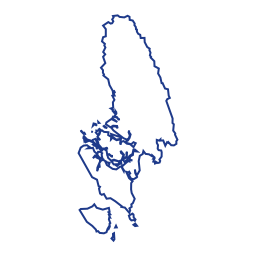 Kyaukpyu, Rakhine, Myanmar (orthographic projection)
{"feature_id": "60261553B96709228149477", "entity_name": "Kyaukpyu", "entity_type": "district", "adm_level": 2, "iso_a3": "MMR", "parent_name": "Myanmar", "parent_adm1": "Rakhine", "projection": "orthographic", "projection_center": [93.863, 19.586], "detail": "fine", "context": "isolated", "style": "outline", "palette": "blue", "viewbox_px": 256, "rotation_deg": 0, "n_neighbors": 0, "source": "geoboundaries", "source_scale": "gbopen_adm2", "svg_char_len": 5963}
<svg xmlns="http://www.w3.org/2000/svg" viewBox="0 0 256 256"><path d="M119.6,16.9L117.7,15.4L113.0,16.0L113.6,17.4L112.2,19.4L113.3,21.3L112.2,23.2L110.7,23.6L108.3,22.1L103.1,25.6L105.8,29.1L105.8,36.3L103.1,37.2L102.0,41.4L104.9,43.9L104.3,45.4L105.4,47.5L103.2,52.0L105.2,54.3L103.1,56.8L105.3,63.1L101.0,67.7L103.0,70.2L102.9,72.7L104.0,74.5L103.4,75.5L108.2,79.3L109.5,85.1L112.7,90.8L113.1,93.7L114.0,92.8L113.7,90.3L114.8,92.3L113.6,93.6L114.6,95.6L112.4,95.8L114.4,99.8L112.9,102.3L113.2,107.7L110.8,108.5L113.0,109.9L112.6,110.8L114.9,113.5L114.9,111.5L115.4,111.0L116.2,112.0L116.4,113.6L114.3,116.4L117.1,117.2L118.4,119.2L119.9,119.3L118.5,119.5L116.9,117.5L113.1,116.6L112.3,118.2L117.3,122.0L111.4,119.0L106.4,122.5L105.9,124.3L110.5,127.3L113.1,125.7L117.1,126.0L117.6,128.3L116.4,126.8L113.6,126.2L111.4,127.8L113.4,130.4L123.5,138.2L126.8,139.6L128.8,138.3L129.8,135.5L128.6,132.2L129.3,130.4L128.9,132.0L130.6,134.4L129.6,137.9L127.9,140.5L125.6,141.6L127.1,143.1L131.3,144.2L133.5,142.2L135.7,143.2L133.5,147.1L130.1,144.2L126.9,143.7L123.6,141.1L121.1,141.9L120.7,144.7L120.1,143.0L120.9,139.3L116.6,140.2L111.5,137.2L111.3,139.2L111.0,139.5L111.2,136.8L108.2,135.1L108.4,132.2L104.0,131.9L101.9,130.3L100.3,131.4L99.6,134.0L97.4,136.9L100.3,140.0L97.5,138.7L96.6,139.9L97.7,141.1L98.2,142.6L98.4,144.3L102.1,148.6L104.8,148.5L106.4,147.8L106.9,147.9L107.4,149.5L106.4,148.0L104.3,149.1L106.6,150.8L107.2,154.7L109.1,154.1L111.7,156.3L112.0,155.0L112.0,156.3L111.4,156.4L109.0,154.4L107.4,155.0L108.1,157.8L111.1,160.6L114.0,159.7L118.7,161.3L121.6,160.2L123.5,154.9L121.1,153.0L120.6,150.8L123.9,154.7L123.2,158.4L126.7,156.7L126.4,153.1L127.0,151.7L126.8,157.2L122.9,159.6L124.4,161.8L126.8,160.1L129.6,155.8L132.5,154.0L133.4,149.6L134.6,149.4L137.2,151.5L133.3,151.1L132.9,155.0L130.3,156.4L129.7,158.3L130.0,159.6L132.4,160.4L129.2,160.3L129.4,161.5L128.1,161.1L122.2,166.2L122.3,167.9L124.0,170.4L123.8,171.3L122.1,168.1L121.8,166.3L121.3,167.7L121.4,166.5L120.2,166.6L116.3,169.4L112.7,168.9L106.9,165.0L105.7,162.4L106.6,162.4L106.4,161.7L103.0,159.8L100.9,160.8L99.3,163.2L99.8,167.6L98.9,166.0L98.1,166.6L98.0,169.1L97.1,171.2L97.4,167.6L100.0,161.5L100.0,159.2L96.5,157.5L95.0,155.9L94.2,157.1L92.9,158.2L94.9,155.7L96.6,156.3L96.5,153.3L94.4,151.6L92.9,147.8L91.2,148.2L90.0,147.3L89.7,148.2L87.9,148.3L89.6,147.2L87.0,145.2L83.6,145.6L80.7,147.6L78.6,153.1L92.1,177.2L97.0,179.7L98.6,186.1L100.0,186.8L99.0,188.6L100.1,193.6L101.7,194.8L103.9,194.0L106.6,198.7L110.5,198.2L115.2,201.2L121.7,206.2L121.4,206.9L124.9,207.6L129.3,212.8L130.2,210.2L129.4,208.4L131.7,206.8L131.3,204.4L132.9,203.1L134.7,198.8L131.7,193.0L131.1,189.4L131.2,183.1L132.6,181.2L129.1,178.2L126.2,171.8L128.3,172.4L129.2,171.7L130.2,173.4L128.8,174.7L131.0,178.6L133.6,179.2L136.7,177.4L137.1,176.9L135.2,173.0L134.9,169.4L135.6,173.2L137.5,174.3L139.7,170.4L138.7,161.1L139.8,155.8L142.7,154.0L143.4,151.0L145.6,153.9L149.0,154.3L151.9,156.1L152.1,155.2L154.3,157.2L153.3,158.7L154.4,158.7L153.3,161.6L154.8,161.9L155.0,163.5L156.3,163.0L156.2,162.0L157.8,163.0L159.6,162.5L160.2,160.9L159.4,159.6L161.6,156.6L161.7,152.3L161.2,150.5L158.6,150.1L157.7,148.7L158.0,145.1L156.8,142.9L156.8,139.9L159.1,140.6L160.3,139.5L160.2,140.6L163.2,140.4L165.3,145.7L167.1,142.2L168.1,142.8L168.4,142.2L171.2,145.2L173.9,145.4L176.4,143.8L176.3,141.3L177.4,139.7L175.0,134.6L175.3,133.5L173.2,130.6L173.8,124.3L172.5,123.0L172.6,118.5L166.3,100.9L167.2,99.2L169.8,97.9L168.7,95.7L168.0,89.3L165.0,88.5L162.6,83.1L161.6,83.1L160.4,77.5L158.1,73.5L158.8,68.5L154.5,66.2L154.3,61.2L150.7,57.6L151.1,56.9L149.9,55.4L150.5,52.7L149.4,50.1L149.7,48.7L147.2,47.0L144.7,42.1L144.5,37.9L140.7,38.0L140.2,34.8L138.2,33.8L136.9,31.6L136.9,29.6L136.0,29.3L135.8,27.0L134.4,25.1L134.7,23.6L132.7,20.5L129.7,19.9L129.5,16.8L127.6,15.8L124.3,17.4L119.6,16.9ZM96.7,207.8L94.3,204.3L92.4,206.4L87.4,208.7L80.8,209.0L79.6,210.0L86.8,221.8L92.3,225.9L95.9,229.6L96.5,231.5L98.0,231.1L99.7,232.9L103.9,233.3L106.5,232.2L107.5,229.0L108.5,227.3L108.9,228.4L109.8,226.6L109.5,223.9L110.3,223.1L108.9,219.4L109.3,217.3L110.1,217.5L108.9,214.7L110.2,214.4L108.5,212.2L109.6,211.8L108.9,207.9L102.8,209.6L96.7,207.8ZM116.2,139.6L120.7,138.8L120.8,137.3L111.1,134.0L111.5,135.8L116.2,139.6ZM133.5,214.6L132.5,213.6L128.9,215.6L129.9,218.8L131.4,220.4L134.3,220.0L134.9,220.7L135.5,219.5L133.7,217.5L133.5,214.6ZM100.5,152.0L98.1,151.8L97.2,154.4L98.8,156.9L104.0,159.8L102.5,158.7L101.6,154.7L102.2,153.2L100.5,152.0ZM118.8,164.1L119.3,161.8L117.6,161.1L114.2,160.3L111.4,161.2L113.7,164.4L118.8,164.1ZM97.9,144.3L95.4,138.9L92.8,139.9L92.4,140.9L95.6,144.1L97.9,144.3ZM100.5,130.6L96.5,130.6L96.9,131.4L95.8,132.5L98.1,135.2L100.5,130.6ZM113.5,240.6L114.4,239.3L114.0,233.2L113.0,233.8L113.1,236.5L111.5,238.5L113.5,240.6ZM87.2,139.5L83.3,135.5L85.1,137.9L82.6,137.6L83.9,138.2L84.4,141.0L85.2,139.9L87.0,140.5L86.7,139.7L92.7,142.2L91.7,140.8L87.2,139.5ZM120.9,161.0L119.4,161.3L119.5,163.2L119.1,164.2L121.3,163.4L120.9,161.0ZM137.0,225.8L135.2,223.6L133.5,224.8L135.1,226.1L137.0,225.8ZM102.0,150.6L102.7,149.7L99.4,148.6L100.8,150.3L102.0,150.6ZM95.8,124.0L93.6,123.5L93.0,125.7L94.6,124.2L96.8,125.7L95.8,124.0ZM94.2,145.6L94.8,145.1L94.5,143.4L92.9,144.5L94.2,145.6ZM96.9,149.2L97.3,146.6L95.3,145.8L96.3,146.6L96.9,149.2ZM107.2,128.1L104.1,125.9L103.7,126.2L104.9,127.5L107.2,128.1ZM115.2,114.4L116.0,112.3L115.4,111.2L115.2,114.4ZM85.6,142.2L87.3,141.5L84.9,140.5L85.6,142.2ZM115.2,227.5L116.7,227.4L116.0,225.8L115.2,227.5ZM100.1,147.4L99.3,146.0L98.3,146.1L98.8,147.2L100.1,147.4ZM117.1,166.0L118.2,165.0L116.2,165.4L117.1,166.0ZM109.2,164.1L109.6,162.8L108.3,162.6L109.2,164.1ZM100.7,130.2L99.5,128.9L98.9,129.3L99.2,129.9L100.7,130.2ZM82.4,132.6L82.2,131.9L80.9,130.3L81.1,131.3L82.4,132.6ZM85.6,134.9L84.3,132.7L84.1,132.7L85.6,134.9ZM98.4,123.0L99.2,122.9L98.3,122.0L98.4,123.0ZM92.8,132.1L91.9,131.6L91.3,131.6L92.8,132.1Z" fill="none" stroke="#1e3a8a" stroke-width="2"/></svg>